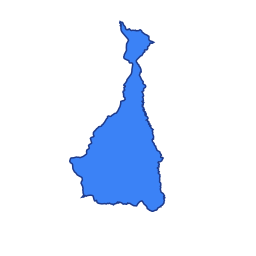 the district of Calarca, Quindío, Colombia, rotated 132°
{"feature_id": "7082276B90066028966732", "entity_name": "Calarca", "entity_type": "district", "adm_level": 2, "iso_a3": "COL", "parent_name": "Colombia", "parent_adm1": "Quindío", "projection": "albers", "projection_center": [-75.682, 4.454], "detail": "fine", "context": "isolated", "style": "filled", "palette": "blue", "viewbox_px": 256, "rotation_deg": 132, "n_neighbors": 0, "source": "geoboundaries", "source_scale": "gbopen_adm2", "svg_char_len": 5846}
<svg xmlns="http://www.w3.org/2000/svg" viewBox="0 0 256 256"><g transform="rotate(132 128 128)"><path d="M192.3,147.6L192.0,146.6L192.0,145.4L192.2,144.8L195.2,141.6L196.4,138.5L196.3,136.8L196.8,134.4L196.3,132.0L195.8,130.2L195.7,129.1L195.8,128.8L197.2,127.1L199.3,126.6L200.5,125.9L201.0,124.4L201.4,123.8L201.5,123.1L202.0,122.4L202.9,121.1L204.2,120.2L205.5,118.6L206.3,118.0L206.9,116.6L207.4,116.3L208.8,115.9L210.1,115.9L209.4,115.4L209.0,114.8L208.7,114.7L208.0,114.5L207.2,114.8L206.9,114.7L206.8,113.8L206.5,113.3L205.6,113.1L204.6,112.3L203.1,111.0L202.1,109.6L201.9,108.4L203.9,105.4L204.5,104.1L204.1,103.5L203.2,103.3L202.9,102.9L204.0,101.1L203.9,100.2L203.6,99.4L202.2,97.1L201.4,96.2L199.7,94.7L199.0,93.3L197.8,92.9L197.3,92.0L196.3,91.5L195.8,89.7L194.4,87.7L194.5,87.6L194.9,87.8L194.9,87.4L194.5,87.3L193.9,87.3L193.3,87.2L192.5,86.5L192.1,86.3L190.2,86.2L189.7,86.0L189.7,85.7L190.7,85.6L190.6,85.2L189.6,84.6L188.7,84.6L187.9,82.7L187.8,80.6L186.7,79.8L185.6,78.0L185.1,77.9L184.1,78.1L183.7,77.2L183.0,76.5L182.6,75.8L182.6,74.8L181.9,71.8L180.1,69.5L177.7,70.0L175.2,70.0L174.4,69.8L172.9,68.9L172.9,68.0L173.8,65.2L173.7,62.9L173.9,61.6L174.3,60.6L175.0,59.8L175.0,59.4L174.7,58.6L174.7,56.9L174.2,55.9L174.1,55.1L173.6,54.2L173.1,53.7L170.9,52.7L170.4,52.2L169.8,51.9L169.2,51.8L167.6,52.3L164.9,51.4L164.5,50.9L164.1,51.3L163.5,51.4L162.4,50.9L161.4,50.9L160.2,51.2L159.6,51.1L158.8,51.9L157.3,52.6L156.7,54.1L155.4,53.9L155.1,54.0L154.9,54.5L155.4,55.1L155.4,55.4L155.1,55.6L153.8,55.8L153.7,56.6L153.2,57.8L153.4,59.7L153.5,60.6L153.3,60.9L151.7,63.2L150.4,63.8L150.0,64.1L149.7,65.0L148.6,65.3L147.2,66.7L147.0,67.3L147.1,68.1L146.8,68.6L145.0,70.0L144.0,71.1L143.2,71.6L142.8,71.6L142.6,72.1L141.4,73.0L141.3,75.2L140.8,75.6L140.0,75.4L139.6,75.5L139.6,76.8L138.0,77.9L138.2,79.0L138.1,79.4L137.8,79.5L136.7,79.2L136.2,78.9L135.6,79.5L135.4,80.2L134.4,80.2L133.8,80.8L133.7,82.4L133.5,82.6L132.7,82.7L131.9,81.7L130.0,81.0L126.8,81.8L126.9,82.7L127.8,83.6L127.8,84.2L127.1,84.8L126.0,84.9L125.6,85.5L125.4,86.8L125.2,87.4L124.6,88.1L124.5,88.6L124.9,90.1L125.1,91.7L124.2,93.3L124.0,94.1L123.0,95.2L123.2,95.8L122.8,97.5L122.1,98.2L121.7,100.8L120.5,102.2L119.4,102.3L119.2,101.7L117.4,103.1L116.9,103.7L115.8,106.0L114.6,106.7L114.0,108.0L113.5,108.3L112.4,108.2L112.4,109.4L112.7,110.5L112.2,111.3L112.0,112.2L111.2,112.4L111.0,112.6L111.1,112.9L111.8,113.3L110.4,114.4L110.5,114.9L111.3,115.0L111.3,115.3L110.9,115.6L110.0,116.0L109.5,116.8L110.1,117.6L109.3,118.4L109.3,118.7L109.7,119.6L108.8,119.4L108.0,119.4L107.4,119.6L107.2,119.9L106.9,120.5L106.8,121.6L107.1,123.3L106.3,123.2L106.0,123.4L106.6,124.1L106.6,124.4L105.9,125.0L105.3,124.4L105.1,124.4L105.1,125.7L104.7,125.6L104.5,125.8L104.5,126.2L105.0,127.0L104.8,127.5L104.9,128.2L104.8,128.3L103.7,127.9L103.5,128.0L103.4,128.3L103.9,128.9L104.0,129.3L103.8,129.4L103.2,129.2L102.7,129.4L102.4,130.3L102.6,131.6L101.6,131.8L101.5,132.8L101.3,132.9L100.8,132.3L100.5,132.3L99.6,132.9L99.3,133.9L99.1,133.9L98.6,133.4L98.4,133.4L98.4,133.7L98.9,134.6L98.9,135.3L98.5,135.4L97.7,134.9L97.2,135.0L96.4,136.1L95.7,136.7L95.4,137.9L95.2,138.0L94.0,137.8L93.5,138.1L92.2,140.3L91.8,141.8L91.4,141.8L89.9,141.3L89.5,141.5L88.9,142.3L88.3,142.7L87.6,142.7L86.3,142.3L85.5,142.5L85.0,142.9L84.6,144.0L85.0,145.3L84.9,146.5L84.7,147.1L83.8,147.3L83.4,147.7L83.0,150.3L81.7,153.2L81.2,154.8L81.0,155.0L79.6,155.4L79.1,155.8L78.4,156.1L78.0,156.2L77.5,155.7L75.8,157.6L74.7,159.8L74.7,160.9L73.9,162.1L73.9,163.7L73.4,165.0L73.4,165.7L72.5,166.9L71.1,167.1L66.5,166.9L65.5,166.7L64.9,166.2L64.7,166.2L61.3,167.0L60.7,166.6L60.3,166.5L59.8,166.8L59.4,167.6L59.1,167.8L58.6,167.7L57.4,166.4L56.9,166.3L55.8,166.5L54.4,167.8L53.1,167.5L52.0,167.6L51.5,167.7L50.7,168.3L50.4,168.3L49.8,168.0L48.8,166.7L47.1,166.2L47.6,168.1L48.3,169.4L48.5,170.2L48.5,170.9L48.1,171.9L46.4,173.3L45.9,173.9L45.9,174.3L46.3,174.9L46.2,176.0L46.5,176.8L47.1,178.6L47.1,180.3L47.4,181.4L46.8,182.6L46.7,184.2L47.0,184.8L48.3,185.1L49.7,186.4L50.3,187.0L50.3,187.8L50.7,187.9L52.3,190.0L53.2,190.6L53.6,191.4L53.4,193.3L53.9,193.6L55.0,193.8L55.1,194.2L55.7,194.5L55.8,194.7L55.9,195.5L55.8,196.4L55.2,196.9L54.6,198.1L54.4,200.1L53.3,202.3L53.4,203.3L54.1,204.0L54.2,205.1L55.4,204.5L55.6,204.0L55.6,202.8L55.9,202.1L56.6,201.7L55.9,202.4L56.2,202.4L56.7,202.0L57.0,202.2L57.2,201.8L56.9,201.4L59.0,199.7L60.2,198.1L60.8,196.2L61.9,187.7L62.4,186.4L63.5,186.0L66.5,185.3L69.4,183.0L71.4,181.0L76.0,179.8L76.8,179.2L77.9,178.8L78.6,178.0L78.8,177.4L78.8,176.8L78.1,174.3L77.4,172.5L78.4,171.0L78.5,170.4L78.3,170.0L77.4,169.2L77.1,168.6L77.1,167.8L77.6,167.0L81.9,164.2L83.2,163.1L84.7,162.2L85.9,161.7L87.6,161.5L92.7,161.1L93.4,160.7L93.6,160.5L96.0,160.0L98.3,160.0L99.0,159.8L99.1,159.2L98.6,158.3L99.0,157.8L99.4,157.7L100.6,158.1L101.1,157.3L101.8,156.8L101.9,156.0L102.4,156.2L103.1,155.8L103.6,156.1L104.0,156.2L105.0,155.4L105.4,154.2L106.1,153.8L106.2,153.4L107.5,152.4L107.7,151.9L107.5,150.7L108.1,150.1L108.5,149.3L110.3,149.4L111.8,150.5L112.3,150.7L112.8,151.0L113.1,151.1L115.0,149.6L117.6,148.2L118.7,148.0L122.4,146.9L123.4,146.9L124.3,146.6L124.8,146.7L125.9,147.5L126.6,147.8L128.0,148.0L129.2,148.4L130.5,148.4L130.9,148.6L131.5,149.3L132.0,150.4L133.1,150.9L133.6,150.6L134.2,149.9L135.5,150.1L139.8,149.2L141.1,149.3L142.0,149.0L143.1,149.4L144.2,149.0L144.6,149.1L146.7,150.6L148.0,150.5L149.6,150.8L151.2,150.7L153.6,150.8L154.6,150.6L156.1,149.3L156.6,148.1L156.9,147.8L157.6,147.8L159.7,149.0L160.9,149.0L163.1,145.4L163.8,144.9L166.5,145.7L167.5,145.5L168.8,143.4L169.6,143.2L171.2,143.7L171.9,143.8L173.1,143.2L174.4,141.8L175.1,141.4L179.0,142.2L181.8,143.6L182.3,144.1L182.6,145.0L183.3,145.6L184.1,146.9L186.6,148.5L188.3,150.2L189.1,150.3L191.3,149.3L191.7,149.0L191.9,148.3L192.3,147.6Z" fill="#3b82f6" stroke="#1e3a8a" stroke-width="1.5"/></g></svg>